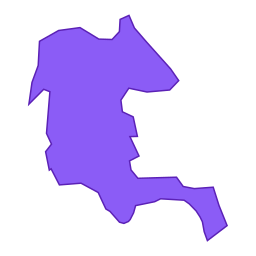 the district of James City, Virginia, United States of America
{"feature_id": "52423323B62704656861756", "entity_name": "James City", "entity_type": "district", "adm_level": 2, "iso_a3": "USA", "parent_name": "United States of America", "parent_adm1": "Virginia", "projection": "orthographic", "projection_center": [-76.748, 37.317], "detail": "fine", "context": "isolated", "style": "filled", "palette": "violet", "viewbox_px": 256, "rotation_deg": 0, "n_neighbors": 0, "source": "geoboundaries", "source_scale": "gbopen_adm2", "svg_char_len": 850}
<svg xmlns="http://www.w3.org/2000/svg" viewBox="0 0 256 256"><path d="M129.0,15.4L120.1,19.4L119.4,31.6L112.1,39.5L98.8,39.1L80.0,27.6L58.6,30.5L39.5,41.3L38.2,65.5L32.0,82.4L28.9,104.2L43.7,89.3L49.9,91.7L46.5,133.4L51.5,144.1L45.6,151.7L49.3,170.1L51.1,168.8L59.4,184.9L81.0,183.2L83.1,184.3L98.2,192.5L101.1,198.8L105.9,209.0L110.0,211.4L119.5,222.2L123.9,223.4L128.4,221.5L130.2,219.5L133.6,212.8L135.6,205.6L154.7,201.7L160.6,198.8L184.1,200.2L189.3,203.9L196.1,210.9L200.0,216.9L202.4,221.8L204.2,231.7L207.4,240.6L227.1,225.6L219.0,205.5L213.2,187.2L194.3,188.6L183.2,186.5L176.5,177.2L137.9,178.3L131.0,169.9L129.5,160.9L139.0,156.0L129.9,136.6L137.4,136.4L133.2,116.9L122.4,111.8L120.9,100.1L128.8,88.2L147.0,92.0L169.7,90.0L178.7,80.6L170.6,68.9L146.7,42.2L134.4,28.0L129.0,15.4Z" fill="#8b5cf6" stroke="#5b21b6" stroke-width="1.5"/></svg>